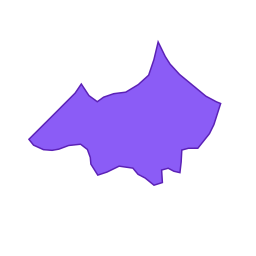 an SVG outline of Prizren, rotated 154°
{"feature_id": "KOS-5908", "entity_name": "Prizren", "entity_type": "District", "adm_level": 1, "iso_a3": "XKX", "parent_name": "Kosovo", "parent_adm1": "", "projection": "orthographic", "projection_center": [20.721, 42.201], "detail": "fine", "context": "isolated", "style": "filled", "palette": "violet", "viewbox_px": 256, "rotation_deg": 154, "n_neighbors": 0, "source": "natural_earth", "source_scale": "10m", "svg_char_len": 712}
<svg xmlns="http://www.w3.org/2000/svg" viewBox="0 0 256 256"><g transform="rotate(154 128 128)"><path d="M63.2,192.1L63.2,175.9L62.2,167.0L58.2,153.5L44.1,122.5L37.0,112.7L34.0,109.4L49.3,93.4L57.3,87.2L74.1,79.2L82.6,83.3L89.3,84.6L95.1,74.2L100.9,65.1L105.7,69.0L109.5,74.2L116.2,75.5L121.0,63.9L129.7,65.2L134.5,75.5L139.3,82.0L141.2,89.8L152.7,97.6L166.2,97.6L175.8,98.9L177.2,111.8L174.8,118.1L173.9,126.5L177.7,134.2L189.0,138.3L199.4,139.3L206.0,141.2L213.5,145.6L220.4,154.0L222.0,161.1L222.0,161.3L195.4,170.4L160.3,182.5L150.7,188.0L148.9,174.2L144.1,165.1L136.4,166.4L125.8,165.1L114.3,161.2L99.8,162.5L86.3,166.4L74.8,178.0L63.2,192.1Z" fill="#8b5cf6" stroke="#5b21b6" stroke-width="1.5"/></g></svg>